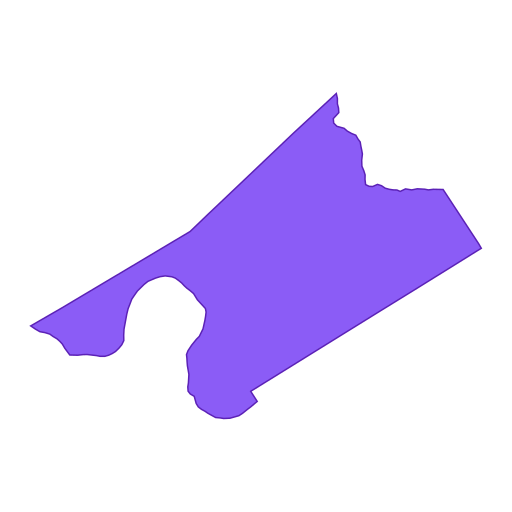 outline of Inhangapi, Pará, Brazil
{"feature_id": "56859067B74682309014302", "entity_name": "Inhangapi", "entity_type": "district", "adm_level": 2, "iso_a3": "BRA", "parent_name": "Brazil", "parent_adm1": "Pará", "projection": "albers", "projection_center": [-47.963, -1.457], "detail": "fine", "context": "isolated", "style": "filled", "palette": "violet", "viewbox_px": 512, "rotation_deg": 0, "n_neighbors": 0, "source": "geoboundaries", "source_scale": "gbopen_adm2", "svg_char_len": 1698}
<svg xmlns="http://www.w3.org/2000/svg" viewBox="0 0 512 512"><path d="M257.2,401.4L250.7,391.3L374.2,314.7L380.5,310.8L417.6,287.9L476.4,251.3L481.3,248.3L478.7,243.8L443.1,189.5L433.3,189.3L428.4,189.9L424.7,189.2L417.3,188.8L411.7,189.9L405.5,188.9L400.2,191.4L396.9,190.0L393.2,189.9L389.3,189.3L385.2,188.2L381.5,185.7L377.5,184.4L372.7,186.5L369.1,186.3L365.6,184.6L365.0,179.4L365.1,174.9L363.8,170.7L361.9,166.2L361.7,160.2L362.4,154.0L361.7,150.1L360.9,146.3L360.2,142.0L357.9,138.9L355.8,135.2L351.6,133.5L347.3,131.1L344.1,128.3L336.9,126.3L333.7,123.1L333.3,118.6L338.8,112.6L338.5,108.0L337.4,103.9L337.4,98.5L336.3,93.5L293.4,133.2L236.7,187.1L208.0,214.3L190.1,231.5L174.8,240.6L150.7,255.0L61.2,308.3L30.7,325.9L35.4,329.1L39.9,331.7L44.9,332.6L49.8,334.1L53.1,336.5L57.0,338.8L59.7,341.2L62.3,344.0L64.9,348.4L69.8,355.0L77.7,355.2L83.0,354.6L87.1,354.5L96.6,355.6L100.0,356.3L104.9,356.3L108.7,355.2L112.3,353.5L115.5,351.5L119.0,348.1L121.8,344.7L123.8,340.6L123.7,335.1L124.0,329.2L126.8,314.0L128.1,308.7L130.2,303.3L131.8,299.1L134.1,295.7L137.4,291.0L144.0,284.5L148.0,281.3L155.5,278.1L160.0,276.7L165.2,275.9L172.0,276.8L175.3,278.1L178.9,280.7L181.7,283.0L184.3,285.8L186.9,288.2L190.1,290.6L193.6,293.6L197.4,299.8L205.4,308.5L206.1,312.1L205.6,316.2L204.9,320.4L203.0,328.9L199.3,336.4L196.4,339.3L191.7,345.1L188.0,350.7L186.5,354.6L186.9,358.2L187.1,361.9L187.4,365.7L188.9,374.4L188.4,383.0L187.8,386.9L188.1,391.2L190.3,394.0L194.2,396.3L196.2,403.5L198.3,406.9L201.4,409.3L204.9,411.2L208.1,413.4L215.6,417.5L220.1,417.9L223.7,418.5L230.0,418.2L238.9,415.7L242.8,413.1L247.5,409.3L250.7,406.9L257.2,401.4Z" fill="#8b5cf6" stroke="#5b21b6" stroke-width="1.5"/></svg>